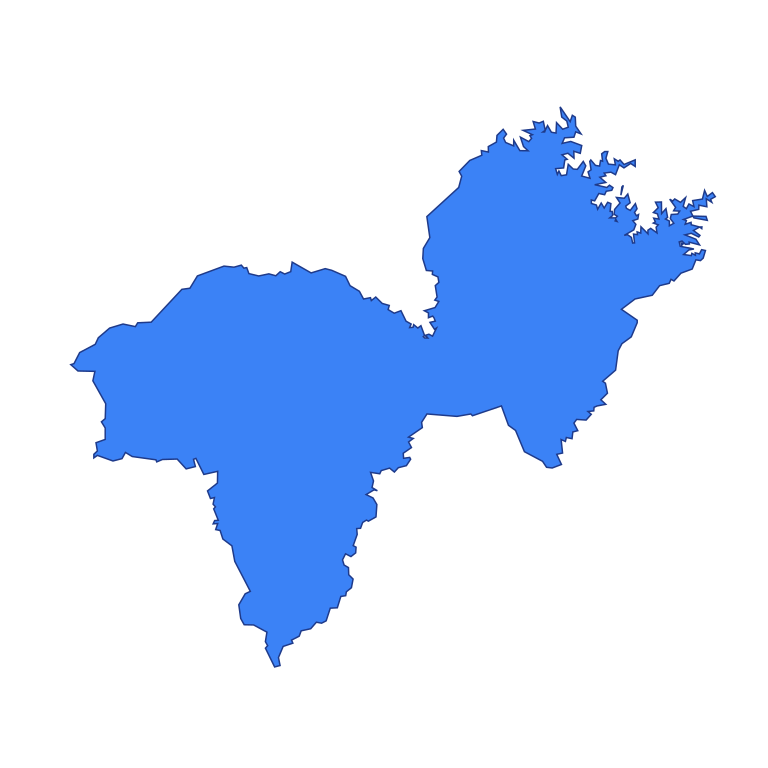 the district of Ponta Porã, Mato Grosso do Sul, Brazil, rotated 95°
{"feature_id": "56859067B33794589562387", "entity_name": "Ponta Porã", "entity_type": "district", "adm_level": 2, "iso_a3": "BRA", "parent_name": "Brazil", "parent_adm1": "Mato Grosso do Sul", "projection": "orthographic", "projection_center": [-55.695, -22.2], "detail": "fine", "context": "isolated", "style": "filled", "palette": "blue", "viewbox_px": 768, "rotation_deg": 95, "n_neighbors": 0, "source": "geoboundaries", "source_scale": "gbopen_adm2", "svg_char_len": 6114}
<svg xmlns="http://www.w3.org/2000/svg" viewBox="0 0 768 768"><g transform="rotate(95 384 384)"><path d="M332.2,347.8L322.7,352.3L325.3,355.2L322.3,359.6L325.0,360.0L325.6,363.4L321.9,362.2L319.5,367.5L309.5,373.5L312.6,380.0L309.5,386.4L305.3,385.6L303.9,392.8L298.1,399.8L302.0,403.9L299.2,405.0L301.1,411.8L293.8,416.6L289.0,426.4L280.1,431.7L275.3,446.0L274.2,452.6L279.7,466.3L270.6,486.1L280.2,486.7L283.1,492.5L281.2,497.2L285.6,501.2L284.3,508.3L287.3,518.2L285.8,528.2L280.0,530.9L280.8,533.7L278.0,536.5L280.7,543.6L280.5,553.7L292.6,579.3L305.5,585.7L307.3,593.6L342.7,621.3L344.5,634.7L348.5,636.7L347.0,649.2L352.2,662.2L362.8,672.6L369.6,675.1L379.2,689.9L390.7,694.6L392.0,697.7L397.7,690.0L396.6,673.1L406.2,674.3L427.9,659.5L442.8,658.7L446.3,662.2L452.1,657.9L463.5,656.9L467.6,665.8L475.7,663.7L479.3,666.9L482.9,666.6L480.1,663.3L484.3,647.3L481.2,638.5L474.7,635.6L478.2,628.5L479.4,604.6L481.4,603.6L478.5,598.1L476.8,583.5L485.8,573.7L482.7,564.7L475.6,567.2L474.5,564.9L489.8,555.6L485.5,542.1L497.2,541.3L505.9,550.5L513.2,546.9L511.9,543.0L518.6,543.8L521.1,541.2L523.2,542.8L534.2,537.2L534.8,540.8L538.2,542.0L537.5,537.5L543.7,539.0L544.2,534.5L552.5,531.0L558.5,521.4L573.7,517.2L602.2,499.1L605.1,504.0L616.6,509.4L630.1,506.3L636.0,502.3L635.4,492.9L641.4,479.0L651.0,479.7L654.8,477.1L657.5,479.1L675.4,468.3L673.5,463.0L665.7,465.3L654.2,461.6L650.1,452.2L647.2,453.8L642.6,446.5L637.1,445.0L634.2,435.7L627.2,430.6L627.7,425.3L625.0,421.0L612.0,418.0L611.0,411.0L599.4,408.5L598.2,403.7L594.3,403.4L589.8,398.7L581.0,397.8L577.1,402.5L570.0,403.4L567.8,408.0L562.8,410.0L556.5,407.5L558.8,401.9L554.7,397.5L549.0,397.6L547.7,400.6L536.2,397.6L530.4,398.6L529.8,394.8L523.8,393.2L521.1,389.6L522.0,387.6L517.1,380.4L504.7,380.6L498.5,385.0L495.7,392.2L490.3,384.7L490.9,381.3L488.2,386.9L481.5,386.0L473.2,389.7L473.8,380.4L470.5,379.2L467.3,371.1L470.8,366.0L466.1,362.4L463.4,354.6L456.6,350.9L454.9,352.0L456.3,358.0L451.3,358.8L444.9,351.1L439.6,354.5L435.7,350.1L434.8,355.0L424.1,342.0L418.9,343.2L410.1,338.6L409.9,308.5L406.3,294.9L407.9,293.1L395.6,265.1L414.3,256.4L418.8,248.9L439.2,238.2L447.2,219.3L452.8,214.8L453.0,209.1L448.7,200.2L439.0,205.8L437.2,200.1L423.9,202.7L425.4,198.3L421.4,197.7L422.1,191.9L415.3,191.7L413.6,186.9L406.4,191.4L402.5,189.0L402.3,179.5L396.1,174.9L393.6,178.4L392.5,172.7L388.9,172.7L387.3,169.8L384.9,161.3L380.8,166.6L373.7,160.6L363.9,163.5L362.2,166.4L350.0,154.5L330.5,153.6L323.1,150.5L315.5,141.8L300.9,137.1L298.4,137.3L288.9,154.0L277.4,141.3L272.2,124.5L262.0,118.0L258.8,108.6L254.7,107.2L256.1,104.1L247.7,97.8L242.6,87.0L233.1,84.1L233.5,79.5L230.8,77.0L223.0,75.4L222.5,79.3L226.9,81.1L226.2,85.4L228.6,85.0L227.0,88.7L229.3,89.1L228.9,96.8L223.9,92.0L222.5,87.0L221.0,100.9L216.7,102.3L215.6,99.6L218.6,95.9L217.9,92.0L216.1,92.4L217.9,81.8L212.6,85.9L209.2,97.2L207.1,91.1L210.1,83.3L208.4,82.2L204.1,89.1L200.1,83.2L198.6,91.8L196.2,92.2L198.6,97.9L194.8,97.0L194.0,100.0L189.8,90.9L185.2,93.7L182.6,85.7L178.4,85.9L179.3,77.8L171.4,79.1L174.4,73.3L171.6,74.8L168.5,70.3L164.7,73.5L169.0,78.3L163.2,81.5L172.0,82.9L174.4,92.5L180.3,90.7L178.1,95.9L183.0,98.1L181.0,101.4L172.0,99.8L177.2,104.5L174.3,110.5L176.5,112.3L175.0,115.5L182.6,108.9L186.2,110.6L186.0,104.5L189.1,106.2L190.1,112.6L194.3,113.2L198.6,109.3L201.5,113.5L196.8,113.9L195.1,118.0L193.3,116.0L184.7,118.4L190.1,122.3L178.5,123.5L179.2,129.4L184.5,126.2L189.7,130.6L190.7,126.4L195.7,124.5L195.3,129.8L198.9,127.8L200.2,129.7L201.5,124.7L204.1,126.6L209.7,125.2L205.7,131.9L207.8,134.5L211.4,134.1L205.0,141.7L211.3,141.4L210.4,145.1L213.1,144.5L212.9,148.5L221.6,146.7L221.9,148.6L216.4,150.3L214.0,154.5L215.0,157.6L208.7,148.6L203.0,147.0L199.6,150.4L197.5,145.5L193.0,145.2L194.4,147.2L191.3,149.4L187.4,147.2L182.4,149.3L189.6,153.8L187.9,157.8L185.7,158.7L182.0,154.6L173.5,157.7L178.0,160.8L177.9,168.7L183.1,164.6L190.0,169.5L194.9,169.5L196.5,166.2L198.3,167.6L198.8,173.6L196.2,170.9L192.2,171.7L192.3,173.8L184.5,173.7L183.5,177.0L189.5,180.0L184.8,183.4L191.3,186.4L187.2,188.0L186.1,193.1L182.6,193.5L183.2,190.1L175.5,186.6L176.2,180.7L172.6,179.4L171.2,174.0L168.4,173.0L166.3,176.7L168.8,179.1L167.1,191.5L163.9,180.6L159.2,187.0L157.2,181.1L154.7,183.1L153.2,176.4L155.3,171.6L145.1,168.7L147.8,163.8L142.8,157.5L145.4,152.7L138.8,153.3L144.4,164.0L140.2,168.4L141.7,170.1L139.6,174.2L145.5,172.6L145.4,179.6L139.8,182.6L132.9,181.3L133.2,184.4L135.7,187.2L143.0,185.7L142.5,187.8L148.1,188.2L147.8,192.4L142.8,197.5L144.3,198.4L152.6,196.4L154.9,199.2L161.1,196.7L159.6,205.2L149.1,202.0L144.9,204.9L153.3,210.1L153.4,214.2L149.1,219.6L159.7,220.4L161.0,225.6L156.6,228.3L160.1,229.6L154.5,231.8L153.1,223.9L145.0,223.4L144.2,221.1L140.2,226.7L138.1,220.9L142.5,214.4L135.6,215.2L137.1,208.6L129.2,207.8L126.1,219.1L128.8,227.5L123.0,225.6L121.6,216.3L116.1,215.0L117.7,209.5L110.4,215.5L101.5,216.7L99.9,219.8L106.4,221.4L92.6,232.7L102.6,230.2L106.1,224.8L112.1,222.8L114.6,228.2L108.6,234.9L119.0,234.5L118.6,239.2L112.3,243.6L117.2,245.5L108.4,248.2L110.5,252.2L109.5,258.3L116.8,255.4L119.2,267.5L122.7,257.9L123.9,260.3L126.4,258.4L129.9,260.9L126.2,269.6L135.3,265.7L139.1,260.8L139.7,269.0L129.9,276.0L135.5,275.6L132.8,283.9L128.6,286.3L124.4,283.7L119.9,287.5L126.5,293.1L133.2,293.1L138.4,300.8L143.8,300.2L143.0,307.4L147.6,306.5L153.8,318.0L165.7,327.7L170.2,324.7L181.7,326.7L213.5,355.9L234.2,351.1L245.5,356.6L255.7,356.3L267.2,351.7L267.2,345.4L270.6,345.4L272.6,339.6L278.0,338.2L281.5,341.5L292.7,338.7L296.0,340.7L297.0,336.6L303.4,339.8L307.5,350.2L309.3,345.9L314.1,345.5L312.1,341.4L313.8,339.9L316.9,338.4L318.6,343.6L325.1,338.5L323.7,336.6L332.1,339.8L330.5,343.6L332.2,347.8ZM332.2,347.8L333.2,345.5L334.4,344.3L334.6,347.6L333.4,349.0L332.2,347.8ZM201.8,166.0L201.4,168.0L199.8,167.5L201.8,166.0ZM117.2,245.5L118.9,245.9L119.1,247.7L117.2,245.5ZM189.8,90.9L191.5,89.7L192.8,76.2L189.0,77.8L189.8,90.9ZM167.0,164.2L175.3,164.5L165.3,162.9L167.0,164.2ZM219.8,99.5L218.2,98.1L217.6,100.1L219.8,99.5ZM200.1,83.2L201.5,81.0L199.8,81.0L200.1,83.2Z" fill="#3b82f6" stroke="#1e3a8a" stroke-width="1.5"/></g></svg>